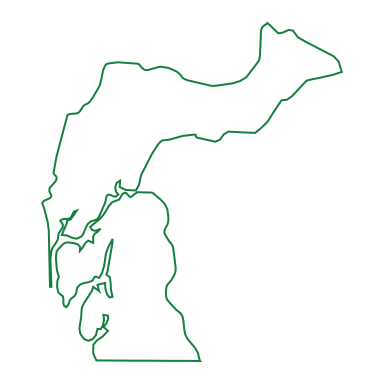 SVG path tracing the border of Fatick
{"feature_id": "SEN-764", "entity_name": "Fatick", "entity_type": "Region", "adm_level": 1, "iso_a3": "SEN", "parent_name": "Senegal", "parent_adm1": "", "projection": "equal_earth", "projection_center": [-16.406, 14.163], "detail": "fine", "context": "isolated", "style": "outline", "palette": "green", "viewbox_px": 384, "rotation_deg": 0, "n_neighbors": 0, "source": "natural_earth", "source_scale": "10m", "svg_char_len": 3934}
<svg xmlns="http://www.w3.org/2000/svg" viewBox="0 0 384 384"><path d="M135.9,190.5L125.5,189.9L119.7,187.0L120.1,180.7L116.6,183.0L115.3,187.2L116.0,191.7L118.4,194.6L115.7,196.6L113.5,196.4L111.3,195.3L108.8,194.6L107.0,195.5L106.2,197.7L105.7,200.4L105.1,202.8L99.5,215.7L97.5,218.8L95.3,220.1L90.6,221.5L88.0,223.8L86.1,227.0L83.4,233.8L81.2,236.7L76.3,238.8L71.7,237.6L67.0,235.5L61.8,234.9L66.9,222.9L67.1,220.7L70.7,219.4L76.8,210.6L73.8,211.7L71.0,217.4L68.6,218.8L63.8,218.9L61.9,219.5L60.3,220.7L62.9,224.6L62.7,227.3L59.0,232.9L58.3,235.1L57.8,239.3L56.7,241.8L52.3,248.2L51.4,250.9L50.4,259.1L51.4,286.8L50.0,286.8L48.8,230.7L47.7,222.2L44.1,208.1L42.2,203.2L44.0,200.8L50.1,198.1L51.1,196.7L51.3,195.2L50.8,194.0L50.0,192.7L49.4,191.3L49.4,188.9L50.0,187.5L55.6,181.3L56.5,179.0L56.6,177.3L55.9,176.1L54.9,175.2L54.2,174.3L53.5,173.0L56.6,156.2L67.5,115.0L68.3,114.5L69.3,114.1L76.5,113.4L77.7,113.1L78.8,112.4L79.7,111.5L80.5,110.4L82.6,107.0L84.3,105.2L85.3,104.6L87.6,103.6L89.5,102.1L93.1,97.1L98.8,87.3L99.9,84.9L101.4,78.9L103.1,70.1L105.7,64.6L108.5,63.4L118.1,62.3L136.6,63.6L138.7,64.1L139.7,65.1L141.4,67.2L142.6,68.3L144.4,69.7L146.0,70.1L147.5,70.1L158.8,67.0L161.2,66.8L168.3,67.9L175.6,71.0L177.6,72.3L180.4,74.8L182.8,78.0L184.9,79.2L188.0,80.4L211.7,85.9L214.7,85.9L232.9,83.3L240.2,81.0L245.6,77.7L246.6,76.9L258.3,61.6L258.9,60.4L259.4,58.9L260.0,55.6L261.0,30.8L261.4,29.3L261.9,27.9L262.7,26.7L263.8,25.7L266.6,23.9L267.5,23.0L278.3,33.3L282.8,32.6L288.8,29.9L292.9,30.6L297.9,37.3L305.0,41.4L333.7,56.3L338.7,61.7L341.8,71.9L333.7,74.6L322.1,77.3L311.6,79.4L306.5,80.7L302.0,85.5L291.9,96.3L286.9,99.7L281.4,100.4L272.8,113.3L267.8,121.4L262.0,127.2L255.2,132.9L239.0,132.2L228.5,131.6L223.9,134.3L219.9,139.7L215.4,141.7L196.9,137.6L195.8,136.3L195.7,134.8L193.8,134.6L182.7,135.9L169.6,139.6L162.6,140.4L160.4,141.9L158.0,144.5L152.0,153.8L141.1,175.1L139.0,184.9L135.9,190.4L135.9,190.5ZM200.0,361.0L191.1,360.9L177.6,360.9L164.1,360.8L150.6,360.7L137.1,360.7L123.6,360.6L110.1,360.5L96.5,360.4L96.4,360.4L94.3,356.1L93.2,353.0L93.3,344.8L97.1,340.3L102.5,336.6L108.0,330.9L106.9,330.0L104.6,327.8L103.4,327.1L106.2,323.6L108.2,319.2L107.9,315.6L103.4,314.9L104.0,319.6L103.0,325.2L100.7,329.2L97.5,328.9L96.0,335.0L92.6,339.2L88.3,340.8L84.1,339.1L80.3,333.8L79.4,328.4L81.2,316.9L81.6,309.7L82.2,306.8L84.2,302.9L91.9,290.9L93.2,286.8L94.5,287.9L97.9,290.0L99.1,291.0L98.6,289.6L97.5,284.8L105.1,283.0L105.4,288.8L107.0,294.2L109.5,297.5L112.6,296.8L111.0,290.1L110.6,282.7L109.7,276.9L106.4,274.8L107.6,270.8L112.3,243.6L112.6,238.9L107.9,248.0L105.9,253.7L104.2,265.8L102.0,273.1L99.1,277.9L96.2,276.8L94.6,276.8L92.4,280.7L88.5,282.2L84.0,283.0L79.8,284.8L77.5,287.3L76.7,289.8L76.4,292.3L75.3,294.9L74.1,296.4L71.6,298.3L70.1,299.9L68.0,305.2L66.3,307.2L64.1,305.8L63.4,303.0L63.4,299.4L63.0,296.3L61.0,294.9L58.3,292.4L57.1,286.6L57.4,280.5L58.9,276.8L57.6,272.8L56.7,268.3L56.0,258.8L56.2,253.9L56.9,251.0L58.3,249.1L63.3,243.9L65.8,242.6L68.6,242.4L75.0,243.4L78.0,244.6L80.1,247.0L79.9,250.9L82.9,247.3L85.3,243.0L88.3,240.6L93.2,242.9L93.1,236.4L94.9,233.6L97.6,231.8L100.6,228.7L97.9,230.0L95.0,230.8L92.2,230.1L90.1,226.9L99.9,218.9L103.5,214.8L109.1,205.7L112.2,202.2L119.2,199.5L122.5,193.9L125.2,192.6L127.0,193.7L128.7,195.9L130.5,197.2L132.7,195.7L134.0,194.4L137.5,192.2L151.6,192.6L152.7,192.9L153.9,193.8L155.1,195.0L161.4,200.3L164.4,203.6L165.9,206.0L167.3,209.1L168.2,215.5L168.4,219.2L168.1,222.4L167.4,224.7L165.1,229.0L164.4,231.2L164.6,233.6L169.0,241.1L171.7,244.3L173.1,247.2L175.6,267.2L175.6,269.5L175.4,271.7L174.7,274.0L173.6,276.2L171.2,280.4L168.0,284.0L166.8,285.9L166.3,287.8L166.1,289.9L165.9,294.2L166.2,296.6L166.9,299.2L169.1,302.1L176.0,309.6L179.4,312.3L181.0,313.9L182.4,316.3L183.3,320.1L184.3,329.7L185.1,333.9L186.3,336.7L188.1,339.6L195.1,348.0L198.0,353.2L199.3,358.9L199.9,360.9L200.0,361.0Z" fill="none" stroke="#15803d" stroke-width="2"/></svg>